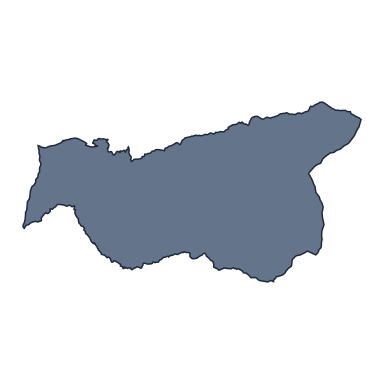 outline of Portovelo, El Oro, Ecuador
{"feature_id": "8360857B9604201024636", "entity_name": "Portovelo", "entity_type": "district", "adm_level": 2, "iso_a3": "ECU", "parent_name": "Ecuador", "parent_adm1": "El Oro", "projection": "albers", "projection_center": [-79.532, -3.74], "detail": "fine", "context": "isolated", "style": "filled", "palette": "slate", "viewbox_px": 384, "rotation_deg": 0, "n_neighbors": 0, "source": "geoboundaries", "source_scale": "gbopen_adm2", "svg_char_len": 5995}
<svg xmlns="http://www.w3.org/2000/svg" viewBox="0 0 384 384"><path d="M147.7,264.1L151.4,263.8L152.3,263.4L152.9,262.2L153.6,261.9L154.8,262.6L158.5,262.0L158.8,261.7L159.4,260.2L161.3,259.5L163.5,257.3L165.2,257.2L167.1,256.2L167.8,256.3L168.7,257.0L169.7,255.7L170.7,255.7L171.2,255.2L172.7,255.3L174.9,253.9L177.1,254.5L178.4,254.2L181.4,252.4L182.9,252.7L184.1,251.7L185.4,252.4L188.3,252.5L189.8,253.2L190.0,253.7L189.9,256.2L190.1,256.7L191.5,258.3L193.1,258.8L196.7,258.3L199.5,256.2L201.9,255.2L203.0,253.9L203.9,253.4L204.5,253.3L205.2,253.6L205.8,254.3L206.5,256.2L209.1,258.3L210.7,260.3L212.9,261.4L213.8,264.7L213.6,266.6L213.9,267.3L217.2,268.7L218.8,270.2L220.3,269.8L221.1,269.2L222.3,268.9L224.0,268.0L225.3,268.3L225.9,268.0L227.8,268.7L229.1,268.5L231.0,268.9L232.6,267.9L233.3,267.8L234.6,268.6L235.8,268.4L236.6,269.2L238.7,268.8L240.1,269.8L241.2,270.2L242.6,271.4L243.5,272.8L245.9,273.1L246.5,273.4L248.9,275.3L250.9,277.6L251.3,277.8L252.7,277.5L254.0,277.8L254.9,277.4L255.6,277.6L256.7,278.3L258.2,279.8L259.8,280.6L267.5,281.9L268.8,281.6L270.5,280.5L273.6,281.6L273.5,280.1L275.6,278.2L276.1,276.8L276.5,276.6L278.1,276.5L279.5,275.9L280.7,275.7L283.1,274.6L285.0,273.0L285.9,271.3L288.1,268.6L291.1,266.5L291.6,265.4L292.0,261.2L292.5,259.3L295.2,256.5L296.5,255.7L300.4,254.9L304.6,252.8L307.4,251.1L315.8,254.9L317.9,252.7L319.2,249.4L320.9,247.9L321.4,245.9L321.3,244.4L321.7,240.9L322.1,239.6L321.6,235.5L321.8,231.1L324.0,224.6L322.5,217.7L321.9,212.7L322.5,211.0L323.1,207.0L322.1,203.4L320.3,200.4L319.2,196.8L315.9,192.4L315.0,186.6L313.8,184.4L312.1,179.8L309.8,175.5L308.7,174.1L309.1,172.6L314.6,166.4L316.9,164.8L320.8,163.1L322.6,159.1L325.2,156.6L330.2,153.0L333.9,152.4L336.9,150.2L340.1,149.2L344.3,145.7L347.6,143.9L349.0,142.8L354.4,135.6L356.5,131.0L359.0,126.8L361.0,119.5L359.2,117.9L357.1,117.0L350.9,113.6L350.4,111.7L347.5,111.6L345.0,110.3L339.8,110.6L337.8,110.1L335.9,110.3L335.3,110.1L334.3,109.4L331.6,108.2L329.6,106.6L328.1,105.9L327.6,105.2L323.6,102.6L322.4,102.1L319.8,102.3L319.3,102.9L315.2,104.8L312.8,106.4L312.1,106.7L310.7,106.3L309.9,107.3L309.4,109.1L307.9,111.2L304.3,112.2L302.1,113.5L301.4,113.6L300.1,113.1L298.3,113.1L297.6,113.1L295.7,114.3L294.0,114.5L292.2,114.1L289.9,114.3L286.9,112.8L286.3,112.7L285.2,113.4L283.7,113.3L280.5,113.9L279.4,114.4L277.7,115.8L275.3,116.4L274.2,117.0L271.8,117.4L270.5,118.2L266.9,117.2L263.4,119.1L262.7,119.2L261.1,118.6L257.5,116.3L255.0,116.4L252.4,117.4L251.4,118.4L249.6,121.9L248.9,124.5L248.2,125.1L247.6,125.1L245.9,124.0L244.0,124.1L242.4,122.2L241.6,122.2L241.1,123.0L240.5,123.3L239.9,122.6L239.1,122.3L236.9,124.0L235.6,124.5L233.6,124.6L232.6,124.9L229.1,126.8L228.1,127.8L228.5,128.9L226.3,129.8L223.7,131.9L220.2,131.6L217.6,132.5L215.6,132.3L214.7,133.7L214.0,134.0L210.5,132.9L207.6,134.7L204.9,134.4L203.0,135.3L201.3,135.8L199.4,135.3L198.3,135.7L195.9,135.2L195.5,135.5L194.4,135.5L193.2,136.2L191.8,136.1L190.3,136.8L185.2,137.8L183.3,139.7L182.2,140.3L180.6,143.9L179.9,144.7L177.9,143.0L176.7,142.7L176.0,142.8L175.3,143.5L171.3,145.7L169.0,146.2L167.0,147.8L165.5,148.1L164.7,149.2L164.5,150.6L158.1,149.6L155.7,149.7L154.3,150.9L152.2,151.2L150.1,153.3L147.5,153.6L146.4,154.4L144.9,154.1L144.3,156.2L143.9,156.5L142.1,156.7L142.1,157.5L141.7,158.2L139.9,158.9L137.5,159.2L135.8,159.1L133.8,159.5L132.9,160.6L131.4,161.4L131.3,160.5L130.6,159.4L131.1,158.1L131.1,156.8L129.8,155.0L128.7,152.6L129.1,151.2L129.0,148.3L128.3,146.9L127.9,147.4L128.1,149.2L127.7,149.6L126.6,149.6L125.6,152.0L125.1,151.8L124.6,150.6L123.8,150.3L122.5,151.3L120.2,150.9L119.9,151.3L120.2,152.4L119.8,152.5L117.9,151.5L117.0,151.5L116.4,151.9L115.7,153.6L114.8,154.1L114.3,154.9L113.3,154.9L111.5,151.7L111.0,151.6L108.9,152.1L108.1,151.2L107.3,148.3L107.6,147.9L108.2,148.0L108.5,147.7L108.6,146.0L109.1,145.1L108.5,144.5L108.3,143.4L106.6,141.8L106.8,141.1L108.0,139.8L107.6,139.4L105.7,139.6L103.7,138.8L101.8,139.1L98.9,138.5L98.0,138.9L97.3,140.2L96.6,140.3L94.7,140.0L94.0,140.1L93.7,141.6L92.8,142.4L92.7,143.1L94.8,144.0L95.2,145.5L98.0,146.0L93.0,147.0L89.5,146.6L87.9,145.8L85.6,145.1L86.2,144.4L86.6,143.4L84.9,142.2L77.8,138.6L75.1,138.1L70.4,138.8L69.6,139.2L69.4,139.5L68.3,139.5L65.3,140.1L64.0,141.1L63.6,141.1L63.5,140.5L63.1,140.5L61.3,142.7L55.0,145.3L49.5,146.2L45.3,148.0L42.8,147.3L41.8,147.6L40.0,146.2L38.1,145.6L38.6,148.9L39.2,150.5L39.0,153.1L40.0,156.4L39.5,158.7L39.5,160.6L40.8,163.2L40.9,164.8L39.6,167.9L39.6,172.0L38.3,173.8L37.9,177.0L35.8,179.4L35.6,181.8L35.2,183.3L33.7,185.2L32.0,186.6L31.5,187.6L30.4,191.0L29.8,196.8L29.2,199.2L27.5,201.5L26.8,209.4L26.3,211.2L25.5,212.4L25.6,213.2L25.2,219.0L24.2,223.0L23.4,224.3L23.0,226.2L23.3,227.4L23.8,228.0L24.3,228.3L26.0,225.5L26.6,225.1L28.6,224.7L30.3,223.1L32.7,222.0L35.3,221.4L38.2,222.0L39.3,221.3L40.8,221.1L41.4,220.5L41.3,218.4L41.7,217.3L44.8,213.4L45.8,212.9L47.4,213.6L48.4,213.2L50.0,211.7L50.3,210.8L50.2,209.0L51.0,208.9L52.5,209.2L53.9,207.8L55.8,206.6L57.0,204.9L57.6,204.5L58.8,204.4L63.2,204.9L66.6,206.1L67.3,206.1L68.8,205.3L69.7,205.3L72.1,206.8L74.1,205.8L74.6,206.3L74.0,209.5L75.1,209.7L75.5,210.1L74.9,211.7L74.9,213.2L76.2,216.1L78.4,219.1L78.6,221.7L79.0,223.2L80.1,224.1L81.0,225.8L81.5,226.1L83.0,226.4L84.5,228.3L84.5,228.8L83.9,229.5L83.9,230.1L85.3,231.4L85.5,232.9L85.9,233.9L87.1,234.4L89.6,237.7L91.6,242.0L94.1,243.9L94.4,243.8L94.3,242.9L94.8,243.1L95.6,245.0L97.2,247.1L97.7,248.7L98.4,249.3L98.6,250.2L100.9,252.6L101.4,254.3L104.7,255.3L107.1,257.7L108.1,257.0L110.0,258.1L111.5,262.0L112.7,262.1L113.8,260.9L114.6,260.9L118.3,262.8L119.8,264.1L120.6,264.1L120.8,264.7L120.5,266.1L122.5,266.6L123.0,268.5L123.6,268.5L124.0,267.5L124.6,267.1L125.1,267.4L125.3,268.1L126.3,267.7L127.5,268.4L128.0,268.1L130.3,268.0L131.4,269.5L132.0,269.7L134.6,268.0L135.7,267.7L136.6,266.9L137.1,266.9L139.1,267.3L140.7,268.2L141.1,268.2L141.5,268.0L142.9,265.1L143.0,264.0L143.5,263.4L144.2,263.1L147.7,264.1Z" fill="#64748b" stroke="#1e293b" stroke-width="1.5"/></svg>